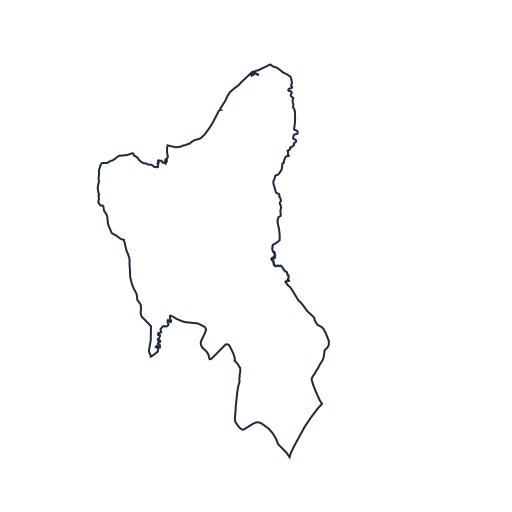 Stoung, Kâmpóng Thum, Cambodia, rotated 138°
{"feature_id": "14789045B61102121423301", "entity_name": "Stoung", "entity_type": "district", "adm_level": 2, "iso_a3": "KHM", "parent_name": "Cambodia", "parent_adm1": "Kâmpóng Thum", "projection": "orthographic", "projection_center": [104.491, 12.979], "detail": "fine", "context": "isolated", "style": "outline", "palette": "slate", "viewbox_px": 512, "rotation_deg": 138, "n_neighbors": 0, "source": "geoboundaries", "source_scale": "gbopen_adm2", "svg_char_len": 6158}
<svg xmlns="http://www.w3.org/2000/svg" viewBox="0 0 512 512"><g transform="rotate(138 256 256)"><path d="M401.6,251.7L399.6,251.1L393.0,250.7L391.6,251.9L391.0,252.1L390.6,252.8L390.4,253.6L390.8,254.4L391.4,254.9L391.5,255.5L390.6,255.7L390.0,255.7L389.7,255.2L389.4,253.9L389.6,253.1L388.6,252.3L388.2,252.5L386.9,254.6L387.8,256.0L387.7,256.4L386.3,257.1L385.0,256.4L384.1,256.7L383.9,257.0L384.4,258.2L385.1,258.6L384.9,259.6L384.5,260.0L383.2,259.7L380.8,260.8L380.3,261.3L380.4,262.0L381.6,262.7L381.1,263.6L380.5,263.9L379.8,264.0L377.5,262.7L376.6,264.2L376.0,265.5L372.6,266.0L371.3,265.7L371.1,264.7L370.1,264.2L369.5,263.4L367.2,263.4L366.5,264.3L366.1,265.9L364.8,267.2L364.3,267.3L364.0,264.2L363.1,264.0L362.2,264.9L362.2,266.2L361.6,267.4L359.9,269.1L359.6,269.1L358.1,266.0L357.2,262.5L354.0,255.9L352.3,253.6L344.6,245.1L343.4,242.6L341.6,237.6L342.0,235.6L342.3,234.9L343.1,234.2L346.6,232.4L353.1,229.8L354.9,228.7L356.3,227.0L357.1,224.5L357.1,222.5L356.8,219.2L356.9,216.4L357.5,214.3L359.5,210.5L359.3,210.0L358.4,209.6L356.7,209.5L338.7,210.5L337.5,210.4L336.3,209.5L335.6,207.4L338.3,198.1L338.7,197.6L340.2,194.0L342.0,192.7L341.7,190.8L341.9,189.9L342.0,186.9L342.6,185.1L342.5,183.8L343.9,181.8L346.4,179.5L348.3,178.1L349.3,176.8L350.5,176.0L352.1,173.8L356.3,171.1L361.0,167.4L372.6,156.9L374.9,154.5L380.7,149.1L382.1,147.1L382.5,145.4L383.0,141.9L383.1,139.3L382.7,136.7L381.9,135.7L380.7,135.1L370.7,133.4L367.7,132.4L366.5,131.7L365.4,130.7L363.9,127.8L362.2,119.8L362.2,114.0L362.4,111.7L363.5,106.7L364.6,103.5L365.5,101.6L365.0,90.9L365.0,89.0L365.7,84.0L363.5,85.5L361.2,86.6L355.1,89.1L333.8,96.6L322.4,99.4L311.1,101.5L305.9,101.9L305.3,105.8L302.0,116.0L299.7,122.0L297.3,127.0L296.3,127.8L294.5,128.5L290.8,129.3L287.3,130.7L286.0,130.8L281.3,132.6L275.8,134.2L273.8,135.2L268.1,140.0L264.1,140.2L261.4,141.2L259.4,143.3L258.6,144.4L255.7,152.2L254.6,156.6L254.8,159.5L256.4,163.8L256.3,164.4L255.4,168.9L254.4,170.4L254.0,171.8L254.8,181.2L254.0,187.8L253.9,191.5L254.2,194.5L251.7,207.8L251.5,209.8L251.9,212.8L251.5,216.9L251.4,217.2L250.7,217.2L248.3,215.4L247.9,215.4L247.8,215.8L248.2,217.3L247.9,217.6L246.6,217.8L245.0,219.4L244.8,220.2L245.2,220.5L244.9,220.7L244.7,222.1L244.3,222.3L243.9,223.6L244.2,224.8L244.6,225.1L244.4,225.8L244.8,226.9L244.2,227.7L244.4,228.8L243.7,230.5L244.1,231.2L244.1,232.4L244.5,232.7L245.3,232.8L245.6,233.6L246.3,234.5L247.0,234.4L248.7,235.7L248.1,236.6L248.7,237.6L248.2,238.0L247.8,238.8L247.4,238.7L247.0,239.3L247.2,240.1L246.5,240.4L246.7,241.2L246.4,241.8L247.0,242.4L246.8,243.3L245.5,243.9L245.1,243.8L244.9,242.6L244.1,241.9L243.7,242.5L243.7,243.4L243.4,243.4L242.5,242.6L242.4,242.9L241.3,243.6L241.5,244.5L241.3,245.0L240.1,245.4L239.9,245.8L240.1,246.2L239.8,246.7L240.4,246.9L240.5,247.3L240.3,248.3L239.5,249.7L239.5,250.2L238.1,251.1L237.3,252.4L236.4,252.4L235.9,252.9L235.4,253.0L234.0,252.5L229.8,251.9L227.8,252.0L224.2,256.0L220.8,260.7L217.7,266.2L216.3,267.9L213.4,269.8L211.0,269.3L210.5,269.5L207.8,273.1L204.9,275.2L204.1,276.8L203.6,277.2L203.5,278.6L203.1,279.2L202.3,279.9L200.5,280.2L199.5,282.0L199.0,283.5L199.1,284.5L197.9,285.4L197.4,286.9L198.1,287.9L198.6,289.2L198.5,290.2L194.5,298.3L193.0,300.0L191.0,300.7L188.0,302.7L187.4,302.7L185.2,301.7L181.6,302.3L179.6,303.0L178.6,303.4L174.6,307.0L174.2,307.1L173.2,306.6L170.6,308.6L168.1,309.7L166.7,309.8L164.7,308.5L164.4,308.9L164.3,310.0L162.4,312.1L162.1,313.1L159.4,312.5L158.2,313.8L157.6,313.7L156.7,313.0L155.6,313.3L153.9,313.0L153.3,313.1L152.9,314.0L152.2,314.4L150.6,314.1L149.7,314.2L149.3,314.4L148.9,315.2L148.8,316.0L149.6,317.3L149.8,318.1L149.5,318.8L147.3,320.5L146.5,320.7L144.3,319.5L143.3,319.2L142.7,319.5L142.0,320.5L141.7,321.3L142.9,324.0L142.8,324.9L139.2,327.8L135.5,331.4L130.6,337.1L130.3,337.4L130.4,337.8L129.3,339.2L129.2,341.3L128.9,341.9L127.3,343.0L125.0,346.8L124.5,347.4L123.0,348.0L122.5,348.7L123.0,350.2L122.9,352.0L122.4,352.5L120.3,353.3L119.8,353.9L119.8,355.0L121.0,356.5L121.1,357.6L120.7,358.0L119.5,358.2L117.0,357.0L116.4,357.0L116.1,357.5L116.0,359.0L115.7,359.4L113.6,360.4L111.8,363.1L110.4,366.2L111.7,371.1L112.9,373.6L114.2,380.8L115.2,383.5L116.6,385.4L117.1,388.5L117.8,389.0L130.1,392.5L132.3,393.8L133.5,394.1L135.0,393.4L134.1,392.3L132.7,388.7L133.3,389.2L134.5,392.0L135.1,392.6L137.1,392.4L137.5,392.9L138.6,392.9L138.5,393.3L137.5,393.4L136.8,392.8L135.7,393.4L134.9,394.5L134.9,395.0L136.5,395.3L150.1,395.0L155.1,394.6L160.4,395.1L165.5,395.2L170.6,393.8L174.9,391.9L183.9,389.4L184.8,388.7L184.6,388.2L185.7,388.8L186.6,388.7L198.7,384.1L204.1,382.5L212.6,380.7L217.9,380.5L220.1,381.1L223.0,382.7L224.9,383.4L227.5,383.9L230.1,383.9L232.0,384.9L234.8,385.8L235.5,386.5L239.0,387.8L241.9,389.7L243.1,390.8L247.7,397.4L250.1,395.5L253.4,391.7L255.0,388.8L255.8,388.4L256.9,388.3L257.5,387.6L257.7,388.2L259.1,388.1L259.5,387.7L259.5,387.2L260.6,387.0L260.5,386.4L259.6,386.5L259.2,386.5L259.0,386.1L259.2,385.8L260.3,385.8L261.1,385.1L261.5,385.1L261.3,385.9L261.4,386.5L261.9,387.1L262.7,387.4L262.9,387.9L262.4,390.0L263.3,390.7L264.6,392.5L265.0,392.5L265.4,392.0L265.7,390.6L266.2,390.3L267.1,390.7L267.6,390.4L267.8,389.1L269.3,387.7L269.6,387.7L270.5,388.5L270.9,389.3L272.1,390.5L272.0,391.0L272.6,393.7L274.8,395.9L276.1,398.9L277.2,399.7L277.9,401.4L278.5,403.7L278.6,406.1L278.2,407.8L278.8,410.9L279.5,412.3L278.6,414.1L279.3,415.3L282.5,416.5L284.8,417.7L291.0,422.2L297.5,422.8L298.9,423.1L300.3,423.9L304.2,424.7L308.1,428.0L309.3,428.0L311.2,427.3L315.5,424.6L317.9,421.8L321.0,419.1L322.5,416.8L327.8,412.9L331.1,408.0L331.5,406.5L332.7,406.1L334.3,403.7L337.3,401.5L337.8,397.6L336.3,396.4L336.2,395.2L338.7,391.2L339.1,387.7L339.7,386.0L340.6,384.2L344.4,379.0L345.3,377.1L347.8,369.8L347.5,368.0L346.3,365.1L345.2,359.7L344.6,358.2L343.3,356.4L348.2,347.5L349.2,345.2L349.8,343.0L352.3,337.9L355.5,334.6L358.2,331.0L363.8,324.2L367.3,317.4L368.5,314.0L370.0,308.2L371.3,305.7L373.0,303.7L373.7,302.3L373.8,299.7L374.5,296.4L377.8,292.7L379.3,291.4L380.6,289.7L381.5,287.7L381.0,274.1L390.6,263.8L398.8,257.4L399.9,255.6L400.7,253.1L401.6,251.7Z" fill="none" stroke="#1e293b" stroke-width="2"/></g></svg>